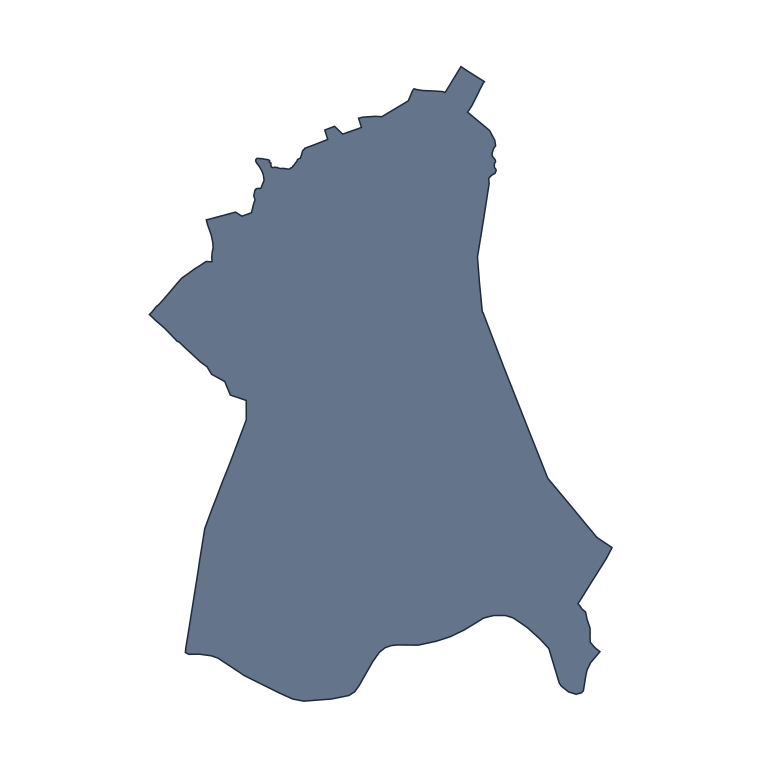 outline of Līgatne, Ligatnes, Latvia, rotated 184°
{"feature_id": "27541924B25651481219831", "entity_name": "Līgatne", "entity_type": "district", "adm_level": 2, "iso_a3": "LVA", "parent_name": "Latvia", "parent_adm1": "Ligatnes", "projection": "mercator", "projection_center": [25.043, 57.237], "detail": "fine", "context": "isolated", "style": "filled", "palette": "slate", "viewbox_px": 768, "rotation_deg": 184, "n_neighbors": 0, "source": "geoboundaries", "source_scale": "gbopen_adm2", "svg_char_len": 3861}
<svg xmlns="http://www.w3.org/2000/svg" viewBox="0 0 768 768"><g transform="rotate(184 384 384)"><path d="M149.9,132.0L154.3,135.0L156.4,136.9L160.2,140.8L160.9,147.2L160.9,148.9L161.4,154.7L165.0,163.4L167.0,170.6L171.1,173.6L172.1,175.0L172.7,176.0L175.2,178.4L174.0,180.4L162.6,201.9L150.0,225.4L145.1,236.7L146.3,237.4L160.9,245.8L164.7,249.8L172.5,257.9L186.9,273.1L188.0,274.3L206.2,293.2L214.0,301.3L231.8,338.4L234.2,343.3L246.5,369.1L248.8,373.9L265.8,409.5L290.2,462.1L290.7,462.4L291.0,463.5L291.3,464.6L293.5,478.1L295.8,491.6L299.6,517.2L296.3,553.2L293.1,591.1L293.7,595.3L293.9,596.4L292.8,597.9L291.4,599.5L290.2,600.4L287.9,601.9L287.0,604.7L287.5,606.2L288.6,607.3L289.1,608.5L289.2,611.7L288.2,613.4L288.6,615.2L289.7,616.6L291.4,618.2L292.2,620.0L292.1,622.2L291.2,626.0L290.4,627.9L289.3,629.2L289.5,630.6L290.5,634.9L296.4,644.3L319.7,661.1L318.0,663.5L315.2,668.9L313.0,674.3L312.5,675.4L310.8,679.4L308.6,685.1L306.1,690.7L304.9,692.7L307.5,694.0L322.4,702.0L329.4,706.0L342.9,679.9L343.4,679.1L346.2,679.8L352.9,679.8L361.0,679.6L363.7,679.6L364.1,679.5L366.8,679.5L371.7,680.0L374.7,680.6L375.1,680.0L375.8,679.0L379.6,668.1L404.9,650.5L411.5,650.4L423.9,648.7L427.9,647.4L424.4,638.4L425.8,637.8L427.1,637.1L434.9,633.8L442.7,630.4L447.0,634.0L451.3,637.6L456.1,635.4L460.8,633.2L459.0,628.6L457.2,624.0L460.1,622.7L462.9,621.3L472.7,616.7L476.1,615.2L479.5,613.6L480.0,612.5L480.7,612.0L481.3,611.1L481.6,610.3L482.0,608.5L483.0,603.9L483.3,603.4L483.8,603.2L485.5,602.3L485.9,601.8L486.2,601.3L486.3,600.6L486.5,599.9L487.4,598.8L487.6,598.4L488.1,597.9L488.3,597.1L489.0,596.2L490.1,595.1L490.4,594.0L491.0,593.4L492.0,593.2L492.6,592.4L493.4,591.8L495.0,591.7L498.3,592.1L499.0,591.8L499.7,592.1L501.0,592.0L501.7,591.7L502.1,591.7L504.0,592.0L504.9,592.2L505.4,592.6L506.2,592.4L507.6,592.7L508.5,592.6L509.1,592.1L509.8,592.1L510.3,592.3L511.4,592.5L511.8,593.0L511.7,593.7L512.2,594.2L512.2,594.9L512.1,595.5L512.1,595.9L512.3,596.6L513.0,596.7L513.6,596.9L513.9,597.4L513.6,597.9L513.5,598.6L514.5,599.5L515.7,599.7L518.8,600.0L519.4,600.0L520.9,600.2L526.1,600.3L526.6,600.1L527.4,599.2L527.6,598.3L527.4,597.2L526.6,595.7L525.4,594.3L524.1,592.9L523.1,591.6L521.6,589.4L520.2,587.0L519.2,584.7L518.6,582.6L518.0,579.5L517.9,578.7L518.1,578.0L518.3,577.5L519.6,573.5L519.9,572.9L519.9,571.8L520.3,571.0L520.9,570.5L522.2,570.5L523.9,570.2L524.8,569.9L525.8,569.2L526.3,568.0L527.1,562.6L526.3,560.8L525.5,559.1L525.7,557.7L526.2,556.6L526.9,553.4L527.6,549.0L528.1,546.1L528.3,545.5L529.4,545.1L537.4,541.5L544.2,545.1L570.0,536.2L572.7,535.4L571.1,530.5L566.8,520.7L564.6,512.9L564.1,508.8L564.0,507.7L564.6,503.3L564.7,498.2L564.1,494.1L566.2,493.8L569.9,493.9L576.4,488.9L580.5,486.0L587.9,479.8L593.1,475.6L598.2,468.9L605.6,458.7L609.2,454.0L609.6,453.3L610.1,452.7L613.6,448.2L614.7,447.0L616.0,445.9L616.8,445.1L618.4,442.7L620.6,439.5L622.9,437.0L616.1,431.3L607.1,424.6L603.4,421.3L602.8,420.8L593.2,412.1L591.4,411.6L585.0,406.3L578.5,401.1L574.9,398.2L571.2,395.3L569.9,394.2L568.5,393.1L565.1,390.9L561.7,388.8L557.6,382.9L556.6,381.6L547.2,377.3L543.0,375.3L537.9,365.0L536.5,362.2L520.3,358.0L518.9,338.6L524.8,319.0L530.7,299.3L533.9,288.9L537.9,276.7L542.7,260.7L546.5,248.6L552.7,227.4L555.7,194.2L556.3,185.8L561.5,126.4L563.0,110.2L563.4,106.1L563.4,102.3L560.0,100.7L549.4,101.6L537.3,100.8L530.6,99.0L511.5,88.2L510.2,87.5L502.9,83.3L467.3,68.6L453.3,63.4L441.8,62.0L429.3,63.9L414.3,66.1L397.3,70.8L391.8,74.9L387.8,81.3L375.9,106.2L370.0,115.9L364.5,121.0L358.4,123.6L352.4,124.6L331.6,125.9L313.7,131.1L300.3,136.5L293.0,140.7L286.7,144.3L268.2,157.5L258.4,160.7L246.6,161.5L238.9,159.7L224.4,151.3L210.4,140.3L201.1,131.6L188.3,97.8L186.0,94.9L178.4,89.7L170.8,87.9L165.5,89.7L163.7,91.8L162.3,107.2L161.5,112.8L158.4,120.5L149.9,132.0Z" fill="#64748b" stroke="#1e293b" stroke-width="1.5"/></g></svg>